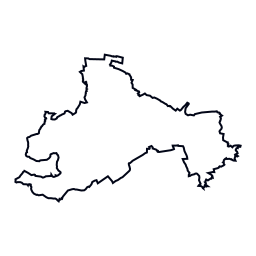 the district of Sancraiu, Cluj, Romania
{"feature_id": "2599482B11402741815659", "entity_name": "Sancraiu", "entity_type": "district", "adm_level": 2, "iso_a3": "ROU", "parent_name": "Romania", "parent_adm1": "Cluj", "projection": "equal_earth", "projection_center": [22.961, 46.83], "detail": "fine", "context": "isolated", "style": "outline", "palette": "ink", "viewbox_px": 256, "rotation_deg": 0, "n_neighbors": 0, "source": "geoboundaries", "source_scale": "gbopen_adm2", "svg_char_len": 5762}
<svg xmlns="http://www.w3.org/2000/svg" viewBox="0 0 256 256"><path d="M112.9,183.0L115.6,181.0L117.8,180.1L120.9,177.9L122.5,177.2L129.3,170.9L129.9,170.0L130.0,168.7L129.5,166.6L128.9,164.8L128.8,163.5L129.0,163.2L130.0,163.1L131.7,161.7L132.4,160.9L142.8,154.9L145.1,153.2L146.9,152.5L147.0,148.8L149.4,148.9L149.7,148.2L149.1,147.0L151.5,146.0L152.7,147.4L152.7,148.5L156.1,149.6L156.6,149.9L156.8,150.6L157.8,150.8L157.6,151.5L157.7,151.8L159.1,152.0L170.8,150.2L172.7,149.6L174.0,149.1L173.7,147.9L172.9,146.6L172.7,145.6L176.0,145.6L178.0,145.3L178.2,145.9L183.0,146.2L183.7,147.5L184.5,151.1L186.6,155.5L187.1,157.1L187.3,158.8L182.7,159.0L184.0,162.2L185.7,164.7L186.1,166.1L187.4,168.8L187.7,170.6L189.5,172.9L188.8,174.8L188.8,176.2L190.3,175.8L191.3,175.0L194.5,174.2L195.3,173.6L196.5,173.5L197.2,173.8L199.2,176.0L199.4,177.7L199.0,180.2L200.6,183.8L198.7,185.4L198.4,185.9L201.0,186.1L202.5,187.1L202.8,188.1L203.2,188.4L203.1,188.1L204.2,187.1L204.7,185.5L206.0,185.8L206.3,186.5L206.8,186.2L207.7,186.2L205.3,184.4L205.9,183.3L205.1,182.3L205.6,182.2L205.6,180.6L206.2,179.5L207.9,180.4L211.0,178.3L211.5,178.6L211.9,178.1L212.0,176.7L212.6,177.1L212.3,175.8L211.4,174.8L208.2,173.0L212.8,172.0L214.3,172.1L213.7,169.2L217.9,168.1L218.9,167.5L219.1,166.8L219.7,166.3L221.0,166.7L223.6,165.4L224.4,164.7L223.7,163.6L223.8,162.4L223.2,162.2L223.6,161.8L223.9,160.1L225.0,159.0L225.3,159.1L226.2,158.2L226.8,159.0L229.5,158.8L231.5,159.6L231.6,159.4L233.3,160.5L235.5,160.7L234.6,158.6L235.2,156.5L235.2,155.8L237.3,156.5L237.9,156.1L235.5,154.4L237.6,153.3L237.1,151.7L235.9,150.6L235.7,150.0L236.4,148.4L237.2,148.0L237.7,148.1L237.6,147.3L238.3,146.8L240.3,146.8L240.6,145.7L238.8,145.3L235.0,145.5L233.5,145.9L232.4,147.3L230.6,145.7L229.3,146.4L228.3,146.5L227.8,146.0L228.4,144.1L227.7,143.8L227.8,142.4L227.0,142.2L223.2,140.2L223.0,137.5L223.6,134.0L220.1,133.3L219.9,132.3L219.5,131.7L219.7,130.8L221.5,128.7L221.8,127.5L221.5,126.1L219.9,123.4L219.5,122.3L220.2,121.1L220.1,120.7L220.6,120.0L220.7,119.1L220.9,118.8L220.7,118.3L220.8,117.9L220.1,116.8L222.0,115.6L219.7,113.9L220.0,113.4L219.3,112.6L217.4,112.3L216.8,111.3L214.9,111.6L212.1,111.6L201.8,112.5L194.9,114.1L193.9,115.4L190.1,114.7L188.0,115.3L185.7,113.9L185.1,112.0L185.6,108.3L188.8,103.9L188.6,103.4L187.3,102.7L185.5,105.0L183.2,107.1L181.0,109.9L179.9,110.6L177.3,108.7L175.7,110.6L173.1,108.8L170.3,106.1L169.8,106.3L169.4,105.9L167.9,106.1L166.4,104.2L165.6,104.0L162.6,102.1L160.7,101.3L160.3,100.6L157.0,98.7L154.3,97.5L152.6,97.9L150.0,95.7L146.6,95.1L144.9,93.5L143.2,94.5L139.7,96.2L138.4,95.0L139.0,94.5L137.9,93.4L139.2,92.3L139.0,91.5L135.5,90.2L135.9,89.7L132.7,87.9L132.6,84.5L131.5,82.8L132.7,80.0L131.1,79.7L131.1,77.2L130.5,76.6L130.1,75.5L129.4,74.8L129.4,74.3L127.4,73.4L126.2,73.8L125.5,72.6L122.9,71.1L118.6,69.1L114.0,67.7L114.0,66.6L112.2,65.7L110.4,65.6L110.4,65.0L110.0,64.7L111.3,62.6L111.8,60.6L114.3,61.2L115.0,61.2L115.6,61.7L117.5,61.7L118.8,62.5L122.2,63.4L122.8,57.7L117.0,56.2L116.4,56.2L116.1,56.8L115.5,56.5L113.9,56.6L113.9,56.4L113.3,56.2L112.2,56.4L110.7,55.8L104.8,54.7L104.2,59.4L89.5,59.1L88.2,58.4L85.1,58.3L85.3,60.5L86.2,65.9L85.2,66.2L84.3,67.1L83.5,66.5L83.9,70.6L81.3,71.0L79.9,71.9L82.3,74.2L82.9,77.3L82.9,78.8L83.2,79.1L83.1,79.9L83.2,80.4L82.8,81.1L82.9,81.7L83.5,82.3L84.2,82.3L84.8,82.7L85.4,82.6L85.6,82.0L86.0,81.8L86.3,82.2L85.8,83.5L86.0,84.0L85.5,84.1L86.0,84.5L86.7,84.2L86.9,84.5L87.0,86.2L86.5,87.9L86.5,88.7L86.9,89.0L86.6,89.2L86.6,89.7L86.3,90.3L86.4,90.8L86.7,91.1L85.9,91.8L85.7,92.9L85.9,93.4L85.6,94.0L85.5,95.4L84.5,97.3L85.1,99.4L86.9,102.4L84.6,103.0L80.4,101.7L79.8,104.4L77.5,108.1L76.5,109.2L76.1,110.8L76.1,112.1L75.7,112.8L73.3,114.3L72.6,114.7L71.7,113.2L67.7,110.8L65.4,111.3L65.0,111.7L64.7,113.0L64.4,113.5L61.8,114.6L60.4,115.5L59.8,115.6L58.5,116.6L57.6,116.9L57.0,117.5L56.8,118.4L54.8,119.5L52.3,119.4L51.3,119.0L51.7,116.3L54.8,113.9L54.3,113.8L54.2,113.4L48.6,113.3L48.0,112.0L45.4,111.8L45.7,113.0L45.1,114.4L44.7,114.6L44.4,116.3L45.1,117.7L46.0,118.0L46.2,118.6L45.4,119.1L44.8,120.0L45.3,120.9L44.6,121.9L44.7,122.4L44.4,123.2L44.5,123.8L43.1,124.6L42.1,126.1L41.3,126.6L41.1,127.5L40.4,128.2L40.2,129.0L39.3,130.0L38.8,133.3L37.5,134.0L36.6,134.0L31.1,135.7L29.4,137.0L28.1,137.2L27.1,138.1L27.6,140.9L27.9,141.4L28.2,143.0L28.1,145.3L28.3,146.3L27.7,148.5L26.8,150.6L27.0,152.1L26.7,152.1L26.2,152.8L25.8,154.3L25.8,154.8L26.4,156.1L27.6,156.7L29.2,156.8L30.2,158.0L33.6,159.4L36.4,161.0L39.4,161.2L40.0,160.5L40.8,160.3L46.8,159.8L49.0,158.3L50.2,156.8L50.4,156.2L50.4,154.8L50.7,154.3L53.6,153.1L55.1,153.3L56.4,153.1L57.3,154.7L58.0,155.2L58.6,157.6L57.9,160.1L57.0,161.7L56.7,165.0L57.0,166.3L56.8,168.0L58.4,170.5L59.9,171.6L60.6,172.3L60.4,173.4L58.1,175.3L57.0,175.8L55.9,175.4L56.1,176.1L54.0,176.9L53.4,176.9L52.3,176.3L51.3,174.6L51.2,175.5L50.8,176.0L45.8,176.3L44.5,177.1L42.9,177.6L40.9,176.6L35.4,175.9L35.0,174.9L34.3,174.6L31.4,175.1L28.1,172.9L24.4,170.9L24.2,171.4L23.1,172.0L22.5,173.2L20.4,175.6L19.4,177.2L15.5,179.3L15.6,180.5L15.4,181.9L16.4,182.5L17.6,182.1L20.1,182.1L21.8,182.7L23.4,184.2L26.4,184.3L27.7,184.8L28.0,185.3L28.1,185.0L27.7,184.5L29.6,184.2L29.8,184.8L30.2,185.1L30.4,184.5L30.8,184.6L30.8,186.2L31.3,186.7L31.4,187.3L31.1,188.4L31.3,189.7L32.5,192.1L34.0,193.7L36.5,194.9L37.2,194.7L38.7,195.3L42.7,194.7L46.4,197.3L48.4,198.2L51.0,198.2L53.7,198.6L55.2,198.5L56.5,199.2L57.8,200.6L58.7,201.3L59.5,199.0L60.3,199.6L61.2,199.1L61.5,198.3L62.1,198.7L62.8,196.7L67.9,190.5L72.2,189.2L73.9,189.0L75.3,189.5L76.6,189.5L81.4,190.5L84.2,190.3L85.6,189.3L87.2,187.2L88.5,186.6L89.2,187.0L89.4,186.8L91.4,184.4L92.3,182.0L94.6,180.7L96.5,180.2L97.8,183.3L107.9,176.3L112.1,181.2L112.9,183.0Z" fill="none" stroke="#020617" stroke-width="2"/></svg>